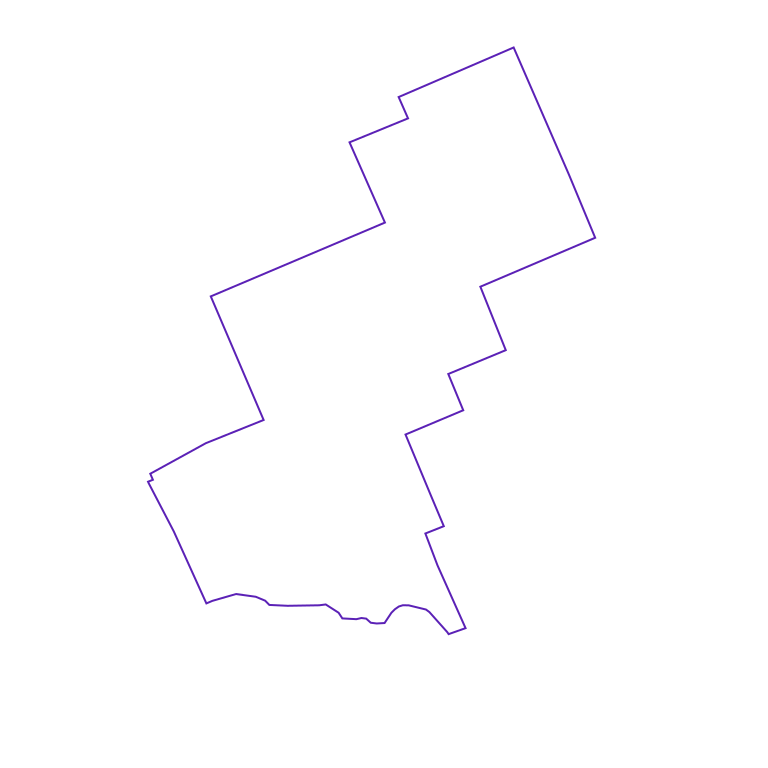 Oconto, Wisconsin, United States of America (Equal Earth projection), rotated 66°
{"feature_id": "52423323B46591064068205", "entity_name": "Oconto", "entity_type": "district", "adm_level": 2, "iso_a3": "USA", "parent_name": "United States of America", "parent_adm1": "Wisconsin", "projection": "equal_earth", "projection_center": [-88.069, 45.026], "detail": "fine", "context": "isolated", "style": "outline", "palette": "violet", "viewbox_px": 768, "rotation_deg": 66, "n_neighbors": 0, "source": "geoboundaries", "source_scale": "gbopen_adm2", "svg_char_len": 789}
<svg xmlns="http://www.w3.org/2000/svg" viewBox="0 0 768 768"><g transform="rotate(66 384 384)"><path d="M233.5,506.6L367.9,508.6L365.6,570.8L370.9,634.0L377.5,634.1L377.3,639.3L379.1,639.3L433.2,636.0L512.2,635.5L512.3,629.0L515.7,604.6L526.2,587.7L533.6,580.7L539.2,578.6L547.4,562.3L559.8,533.2L561.7,526.9L574.5,518.5L581.2,517.4L587.6,504.9L588.6,499.8L591.1,495.7L596.7,493.2L599.8,488.1L602.6,480.7L596.0,470.3L594.2,465.6L593.3,460.9L593.8,456.7L596.3,451.4L607.1,437.4L610.8,435.3L636.5,427.1L638.8,426.7L640.2,408.8L571.5,408.9L537.4,407.0L538.2,387.2L504.0,386.5L438.9,384.9L440.2,322.3L401.0,321.2L402.6,259.0L334.3,256.4L336.3,131.6L268.3,129.9L129.3,128.7L127.8,253.9L151.1,254.0L149.2,317.2L236.9,317.5L233.5,506.6Z" fill="none" stroke="#5b21b6" stroke-width="2"/></g></svg>